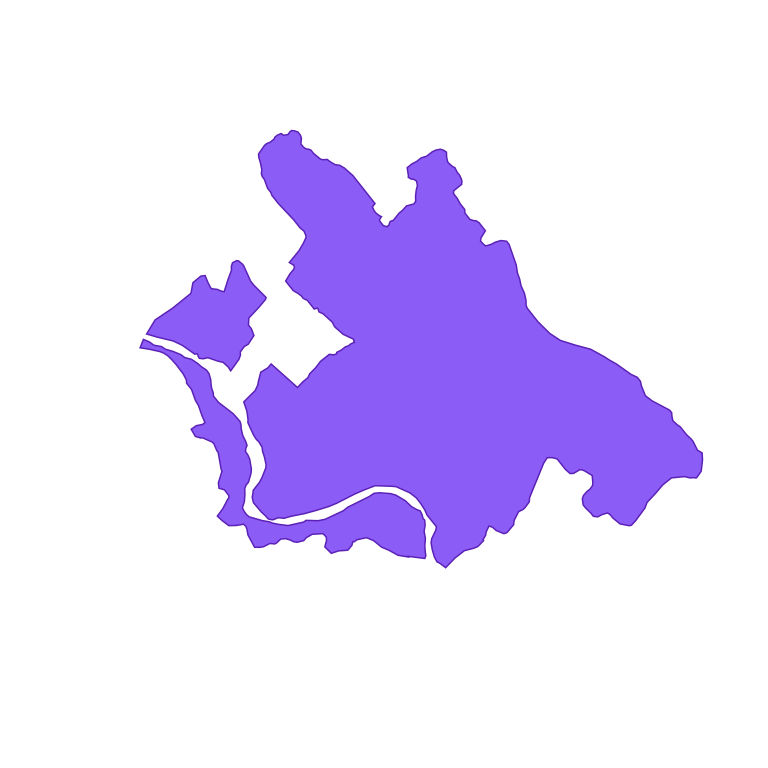 Markz Mallawi, Al Minya, Egypt, rotated 143°
{"feature_id": "37247803B90937698610862", "entity_name": "Markz Mallawi", "entity_type": "district", "adm_level": 2, "iso_a3": "EGY", "parent_name": "Egypt", "parent_adm1": "Al Minya", "projection": "mercator", "projection_center": [30.813, 27.775], "detail": "fine", "context": "isolated", "style": "filled", "palette": "violet", "viewbox_px": 768, "rotation_deg": 143, "n_neighbors": 0, "source": "geoboundaries", "source_scale": "gbopen_adm2", "svg_char_len": 6173}
<svg xmlns="http://www.w3.org/2000/svg" viewBox="0 0 768 768"><g transform="rotate(143 384 384)"><path d="M506.8,454.1L509.8,444.9L513.9,437.6L516.0,435.0L518.9,421.7L519.3,416.9L518.8,413.1L519.4,406.9L521.5,403.3L523.5,397.5L526.7,390.7L528.6,388.3L538.3,382.4L542.7,380.4L552.5,377.8L553.9,376.1L557.4,372.9L559.7,367.8L559.0,355.4L558.0,350.1L557.7,346.0L555.9,343.7L554.3,342.3L549.0,340.9L544.6,336.9L538.1,334.4L525.2,328.2L514.6,324.0L501.9,319.4L493.3,317.2L473.4,313.7L463.1,311.2L452.3,308.1L440.0,298.2L436.1,294.7L428.8,281.4L426.7,273.5L426.6,266.6L427.2,258.9L428.5,253.4L428.0,238.5L430.6,236.1L438.9,231.8L442.1,228.7L445.4,222.1L447.9,215.4L448.7,210.1L447.2,207.0L445.3,200.2L432.2,202.3L420.1,202.5L410.9,198.7L406.8,197.7L398.7,199.0L398.7,200.0L393.7,202.1L391.7,204.2L385.7,207.4L383.6,204.4L382.5,199.3L378.3,192.3L375.3,191.3L365.2,193.6L362.2,196.7L353.4,201.0L348.3,200.1L345.8,200.4L339.0,202.4L336.0,205.7L304.1,224.7L298.0,226.9L293.9,223.9L290.8,219.9L290.5,206.6L289.3,200.5L286.3,198.5L279.1,197.7L277.1,195.7L276.0,193.7L272.8,185.6L276.7,179.4L278.7,177.3L282.7,176.1L286.8,176.0L291.8,174.9L294.8,172.8L297.7,167.6L297.6,163.5L296.5,156.4L296.4,152.3L293.3,149.3L288.2,148.4L283.1,146.5L282.0,143.5L281.9,139.4L279.7,130.2L273.4,123.2L271.4,122.3L265.3,123.4L250.2,127.9L245.2,131.1L232.1,133.4L222.0,135.7L210.9,136.0L199.6,129.1L196.4,125.1L193.0,122.8L191.3,121.1L190.3,121.1L183.2,123.4L175.3,131.7L171.4,137.5L173.5,142.5L171.7,152.2L171.8,155.3L172.9,161.4L173.2,171.6L174.3,174.7L175.4,180.8L173.5,184.9L171.5,188.0L171.6,191.1L180.1,209.3L182.3,217.4L179.5,227.7L177.6,231.8L177.7,236.9L180.9,243.0L186.4,260.2L189.5,267.3L191.7,273.3L198.1,287.5L207.5,299.5L216.9,312.6L221.2,324.7L223.6,341.0L224.0,358.4L223.1,361.4L220.1,365.6L217.3,371.8L215.4,380.0L212.5,386.2L210.6,392.4L206.7,399.6L200.1,420.2L200.2,424.3L204.4,428.3L209.5,430.2L214.5,431.1L219.7,433.0L220.5,436.1L220.8,440.1L218.8,442.2L210.8,445.4L211.0,455.6L212.1,458.7L214.2,460.7L216.3,463.7L216.5,471.8L214.5,474.9L214.7,482.1L213.8,488.2L213.9,494.3L212.0,496.4L201.9,496.7L199.9,498.8L198.9,500.9L198.0,505.0L198.1,509.0L197.2,514.2L198.3,516.2L199.4,521.2L199.4,523.3L197.5,527.4L194.6,531.6L195.6,534.6L197.7,537.6L201.8,539.6L205.7,540.4L213.0,540.3L218.1,542.2L224.1,542.1L229.2,543.0L235.3,542.8L239.2,535.6L240.2,534.5L239.1,531.5L237.0,529.5L235.9,526.5L237.9,522.4L241.8,519.2L245.8,515.0L248.7,510.9L251.7,509.8L258.9,512.7L264.9,511.5L269.0,511.4L278.0,509.1L281.1,510.1L283.1,509.0L284.1,508.0L287.1,507.9L289.2,510.9L289.3,515.8L289.3,517.0L288.4,518.1L285.3,519.2L286.4,521.2L287.5,525.2L287.6,528.3L286.7,532.4L282.6,533.5L283.4,569.2L285.7,580.4L287.8,585.4L290.9,588.4L293.1,593.5L294.2,597.5L297.3,599.5L299.3,601.5L301.5,610.6L301.6,614.7L302.7,616.7L304.8,618.7L305.8,621.7L305.9,625.8L302.0,630.0L301.0,633.0L301.1,637.1L303.2,640.1L305.3,642.1L307.3,642.1L310.3,641.0L314.4,642.9L315.5,646.0L319.5,646.9L322.6,646.8L324.6,645.7L327.2,645.7L329.6,645.6L332.7,646.6L335.7,646.5L345.8,643.2L347.7,640.1L349.6,635.0L352.5,628.8L355.5,625.6L356.4,622.6L356.4,619.5L359.2,610.3L359.1,605.2L360.0,602.1L359.8,591.9L357.3,569.5L357.1,559.3L355.9,554.2L356.9,550.1L357.8,548.1L363.8,544.9L371.8,541.6L386.5,538.0L384.5,532.9L385.5,530.9L387.5,529.8L392.5,528.7L400.6,525.4L400.3,513.2L398.2,508.2L397.0,504.1L397.0,501.0L394.9,497.0L394.6,485.8L391.6,484.8L391.5,483.8L392.5,480.7L390.4,476.7L388.1,464.5L389.0,459.4L386.7,448.2L381.4,438.2L382.4,436.1L382.4,435.1L386.4,436.0L389.5,435.9L392.5,436.9L397.6,436.8L402.7,437.7L403.7,436.6L406.7,437.6L409.8,440.6L421.0,440.3L429.0,438.1L437.1,436.9L441.1,434.8L447.2,434.6L455.2,433.3L462.1,467.9L467.1,466.8L475.3,467.6L483.2,461.3L485.2,459.3L490.8,456.3L506.8,454.1ZM549.3,564.4L557.0,559.7L550.4,552.9L543.6,544.9L541.5,541.6L539.7,536.8L538.9,531.7L538.3,524.4L538.3,512.8L539.4,506.1L541.2,503.4L541.0,495.5L544.4,484.7L545.2,478.3L548.4,468.3L550.2,460.9L553.2,460.9L559.0,463.7L565.2,463.9L566.2,455.7L563.0,451.3L561.2,450.1L556.2,441.1L555.8,438.7L557.7,431.0L557.5,429.4L565.3,414.0L566.0,411.8L575.8,404.7L578.5,400.0L575.1,395.5L575.1,388.0L576.9,386.2L577.7,386.2L587.9,381.4L596.6,378.8L595.5,372.4L593.2,364.3L587.1,359.9L580.5,356.5L580.0,353.5L580.8,350.7L583.5,345.3L585.6,331.5L581.3,328.2L578.0,326.5L571.1,325.3L567.5,322.0L565.4,321.7L559.7,322.3L555.7,319.7L552.8,315.9L551.1,312.4L548.7,309.9L542.4,307.2L538.6,308.0L531.8,307.2L522.8,301.2L522.2,296.6L523.9,293.8L529.3,289.5L528.0,280.5L520.6,278.0L513.5,273.4L512.4,273.1L506.7,274.5L504.0,276.7L502.6,275.9L499.4,275.9L490.4,271.8L486.5,265.0L484.1,255.1L480.3,248.6L475.9,238.8L468.6,231.1L468.4,231.8L456.4,220.1L453.9,221.7L452.1,225.1L448.8,230.2L443.9,235.7L440.6,242.2L436.1,246.5L433.4,250.8L433.8,253.0L432.3,256.5L431.5,260.9L433.4,263.9L435.9,269.7L437.2,277.9L441.4,288.1L444.7,292.5L453.0,299.8L457.7,302.7L463.5,303.0L487.0,307.4L493.0,307.3L512.5,311.4L518.9,314.5L528.3,322.0L531.3,322.1L545.8,328.7L552.9,335.6L556.6,339.8L558.7,343.2L563.2,347.9L571.6,359.0L572.4,362.4L572.3,366.4L571.6,370.3L566.2,374.2L561.7,379.3L558.2,384.2L555.2,386.2L551.4,387.1L544.3,392.4L541.2,395.7L536.5,404.7L535.4,409.5L535.3,413.3L533.3,415.6L530.3,417.4L529.0,421.5L527.7,428.1L525.0,434.1L522.5,437.9L521.5,441.0L522.3,451.0L527.2,468.8L527.5,476.9L525.6,479.9L524.3,484.2L522.1,488.2L519.8,491.7L517.5,497.6L517.4,502.0L519.5,507.8L520.3,512.0L522.9,519.6L527.2,525.0L528.6,529.8L532.9,537.0L537.8,543.6L539.1,547.7L544.4,553.5L546.1,558.9L549.3,564.4ZM426.1,524.0L428.5,541.3L428.6,546.4L424.9,562.8L424.9,564.8L426.1,569.9L427.4,571.2L432.0,572.0L435.2,569.7L437.4,566.6L445.3,561.6L456.1,553.9L458.0,556.0L460.2,559.9L464.4,563.9L464.4,566.0L463.5,571.1L461.6,578.3L465.4,580.4L475.6,579.9L483.6,572.6L506.9,571.8L528.3,572.9L543.5,566.8L537.2,558.3L526.5,545.3L521.8,536.3L517.1,521.6L515.1,520.7L515.1,519.2L515.8,518.0L516.0,515.6L513.3,513.0L508.8,511.0L502.9,502.2L499.5,498.2L498.2,491.5L498.5,486.8L485.0,491.0L481.1,493.6L479.6,496.0L473.3,498.0L468.4,497.5L458.7,501.0L456.7,507.8L456.7,512.7L452.3,518.0L437.9,520.5L427.8,522.8L426.1,524.0Z" fill="#8b5cf6" stroke="#5b21b6" stroke-width="1.5"/></g></svg>